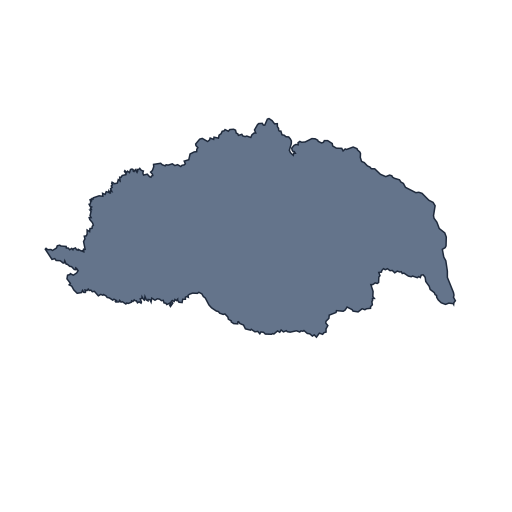 outline of Cajibío, Cauca, Colombia, rotated 151°
{"feature_id": "7082276B54436910707179", "entity_name": "Cajibío", "entity_type": "district", "adm_level": 2, "iso_a3": "COL", "parent_name": "Colombia", "parent_adm1": "Cauca", "projection": "equal_earth", "projection_center": [-76.672, 2.658], "detail": "fine", "context": "isolated", "style": "filled", "palette": "slate", "viewbox_px": 512, "rotation_deg": 151, "n_neighbors": 0, "source": "geoboundaries", "source_scale": "gbopen_adm2", "svg_char_len": 6132}
<svg xmlns="http://www.w3.org/2000/svg" viewBox="0 0 512 512"><g transform="rotate(151 256 256)"><path d="M346.9,387.9L348.7,387.4L348.5,385.8L350.6,385.4L350.8,382.5L351.6,383.6L352.8,381.7L353.4,382.1L353.3,384.1L354.1,383.1L355.8,384.9L358.1,383.0L359.8,385.2L361.0,382.5L364.0,384.7L370.2,385.8L371.0,384.8L371.8,385.7L372.9,384.3L373.3,385.7L373.9,385.7L374.3,383.4L375.9,381.8L376.9,382.1L377.0,379.9L376.0,378.5L377.3,378.2L377.4,376.7L378.0,377.2L378.4,376.0L378.9,376.4L378.7,374.9L381.6,371.7L381.6,369.5L383.3,370.4L383.7,368.4L382.9,364.5L383.3,361.8L384.8,361.4L386.0,359.7L387.9,360.5L389.7,358.0L391.1,360.6L393.1,357.0L394.7,355.9L396.6,356.6L397.3,353.9L399.8,352.3L402.2,344.7L403.4,345.5L404.6,343.1L405.4,344.1L405.2,344.9L406.3,345.0L408.2,348.0L408.8,347.3L409.9,348.5L410.0,350.6L412.2,350.9L413.1,350.2L413.5,352.0L415.9,351.8L416.3,353.9L418.0,355.0L417.4,356.4L421.8,359.3L422.4,360.6L424.8,361.3L426.7,359.7L431.3,359.5L432.2,361.1L435.1,362.5L435.9,364.5L437.0,364.1L436.1,351.9L433.3,351.3L433.0,349.0L429.5,346.8L428.1,343.3L427.1,342.9L425.6,344.5L426.0,340.9L425.0,340.2L423.9,337.2L422.5,336.2L421.5,332.3L420.2,331.3L419.4,332.9L419.0,332.2L418.7,329.4L421.1,328.1L425.1,327.8L426.9,330.6L427.7,330.0L430.1,330.6L432.4,327.7L431.6,322.0L433.4,321.4L431.8,319.0L431.8,314.6L430.5,310.1L426.3,308.6L424.4,310.0L424.3,307.7L423.1,306.9L422.4,307.2L422.0,309.1L420.4,307.7L418.8,308.4L418.6,306.7L417.0,306.2L416.5,304.1L414.5,303.5L413.2,297.6L410.4,297.7L408.9,295.9L408.0,296.2L406.5,293.8L406.3,291.9L404.6,290.5L402.7,286.8L401.2,287.1L399.7,284.8L401.0,284.6L400.9,283.7L398.1,282.3L396.8,283.3L396.4,281.1L395.0,280.8L393.1,277.1L392.0,277.6L390.6,276.4L387.3,276.0L386.5,277.1L385.6,275.9L383.8,276.7L383.4,275.4L382.3,274.8L382.4,272.5L380.5,272.6L379.4,270.5L378.5,271.3L378.1,274.6L376.4,274.2L375.5,275.5L375.5,272.3L375.0,271.5L372.8,274.3L373.2,270.8L372.2,269.1L371.4,270.3L369.9,269.2L370.1,266.6L367.6,269.7L365.8,266.3L363.0,266.4L361.2,264.9L360.4,262.8L358.6,262.2L359.2,259.5L357.7,258.4L357.6,256.8L353.5,256.6L354.1,255.0L355.3,255.0L355.3,253.3L351.6,255.1L352.1,257.3L350.8,257.7L349.6,255.9L348.0,257.3L347.2,255.6L345.5,256.2L346.1,255.1L345.8,252.9L343.2,251.1L341.1,253.7L338.7,252.4L337.7,254.2L336.3,254.1L335.2,252.7L334.6,254.5L332.8,254.8L329.5,254.3L325.3,251.7L323.6,252.0L321.7,249.1L321.7,246.1L320.7,243.9L320.9,236.0L320.0,232.2L317.4,227.1L315.8,225.6L315.5,223.6L313.0,220.8L311.3,220.4L310.2,216.3L310.8,214.1L309.1,211.3L309.6,210.4L308.3,207.7L304.9,205.5L303.8,207.2L303.1,207.0L302.8,204.7L300.4,201.7L300.6,197.4L296.7,193.8L295.7,194.2L293.7,190.2L291.0,189.2L290.4,186.1L288.5,187.2L286.4,185.6L285.7,183.2L280.3,180.0L279.0,180.1L278.2,179.1L273.5,180.0L272.2,177.8L269.9,179.1L268.8,176.3L265.7,176.0L265.3,174.6L263.0,172.8L256.9,171.0L254.6,168.3L253.0,168.7L251.4,167.4L250.2,167.6L248.7,163.4L246.7,161.9L245.5,158.6L243.3,158.8L242.5,155.7L238.0,157.8L235.7,155.2L233.6,156.0L231.6,155.5L230.1,158.3L226.9,160.3L227.5,163.6L226.4,165.0L222.5,166.1L220.6,168.8L213.4,167.8L212.1,169.2L206.5,165.4L204.3,165.5L201.1,167.2L197.9,162.4L197.9,160.8L193.8,157.6L188.7,158.4L186.8,156.2L184.9,156.3L181.2,154.7L180.3,156.2L177.9,156.9L176.7,160.1L175.7,160.4L174.8,162.3L173.1,161.5L173.5,163.9L170.8,168.2L169.4,175.3L167.9,174.4L164.8,174.7L163.3,173.2L161.6,173.4L158.8,178.0L157.1,178.7L156.6,182.1L154.1,181.1L153.1,182.3L150.6,183.1L149.6,181.3L147.2,181.2L145.9,178.2L143.8,177.3L142.8,174.0L139.8,174.3L137.9,172.2L136.6,171.9L136.6,169.8L134.9,169.3L132.5,164.6L130.3,162.6L128.8,162.6L125.4,158.8L123.6,159.1L122.7,157.5L120.8,159.2L118.9,158.5L118.4,155.3L119.9,151.4L119.2,145.5L119.9,142.3L117.8,137.5L118.1,135.4L117.2,134.0L118.0,132.2L117.9,129.2L116.7,125.3L113.7,121.8L110.2,121.3L106.6,118.7L106.6,117.8L105.5,119.3L103.3,120.2L103.3,124.1L101.8,125.8L101.0,128.3L99.0,144.5L96.0,149.9L92.3,159.8L92.3,164.0L89.8,171.5L86.5,171.6L84.9,172.7L80.4,180.3L79.7,184.7L82.4,191.2L81.4,197.9L82.0,202.7L81.2,205.2L75.0,213.1L75.1,217.0L77.8,221.0L80.4,230.3L82.7,232.8L85.5,233.9L92.0,243.6L91.9,248.0L93.4,250.4L93.6,253.1L97.3,256.9L98.4,258.8L98.3,260.3L99.9,262.0L104.0,262.5L107.6,267.2L109.9,274.7L112.8,276.4L113.2,278.5L114.9,280.8L116.0,285.2L117.8,287.5L117.0,291.6L114.9,295.0L114.8,296.6L115.8,299.5L115.6,300.9L118.2,304.2L125.2,305.3L126.1,306.4L128.9,305.7L128.8,308.6L133.4,311.3L135.6,315.1L134.8,317.4L137.4,322.2L140.3,323.8L141.9,322.7L143.9,323.1L146.0,326.1L145.9,327.4L147.4,329.8L150.2,331.6L157.7,331.9L160.9,333.3L162.1,335.0L164.3,334.7L165.2,332.8L167.0,334.2L169.1,334.3L172.5,333.0L173.1,330.9L172.9,329.3L171.9,328.8L171.8,326.8L173.2,327.5L174.6,326.0L175.8,329.7L175.6,332.3L170.6,337.2L169.3,339.4L169.2,341.6L169.7,344.3L172.0,345.8L172.8,348.0L174.5,349.4L173.7,353.2L175.0,353.9L175.2,355.0L174.4,356.7L174.6,358.7L173.2,361.4L175.7,362.6L176.3,366.6L178.0,369.9L179.7,370.2L184.9,366.2L186.1,366.9L186.2,369.0L189.4,370.5L190.9,370.2L196.2,367.0L196.6,363.7L198.1,364.5L200.8,364.0L203.1,362.2L205.9,365.4L207.6,365.7L209.3,367.3L209.4,369.3L212.9,370.0L212.7,371.8L213.7,373.0L212.9,376.0L214.1,377.7L217.6,379.3L219.7,378.5L221.8,381.6L223.3,380.9L225.1,381.5L227.2,379.9L229.7,379.6L231.7,377.3L235.1,380.3L236.5,378.5L238.9,381.4L240.4,380.0L242.8,379.6L246.0,384.9L248.6,385.5L254.5,383.2L255.0,381.6L254.3,378.9L256.0,378.1L257.3,376.0L259.6,377.0L264.2,377.2L268.1,372.8L272.8,373.8L273.1,370.9L274.7,370.5L276.7,371.2L278.4,370.7L280.3,373.9L283.1,374.4L284.5,377.2L288.8,378.1L290.4,379.4L291.7,378.9L293.8,381.3L294.4,383.3L301.2,385.8L302.2,383.6L305.2,381.0L307.5,380.5L306.9,377.7L307.3,376.4L308.7,376.6L309.7,375.8L310.6,376.8L311.4,380.3L315.1,381.3L314.8,383.4L313.3,384.9L314.8,386.5L315.2,389.0L316.7,388.5L318.0,389.3L318.4,387.6L319.5,386.8L319.7,390.0L321.8,389.0L322.2,389.8L321.6,391.2L322.3,392.2L323.8,392.5L326.2,390.3L327.2,392.5L328.7,391.8L329.3,394.2L330.0,393.8L329.8,391.0L330.3,390.2L334.0,391.3L335.9,390.2L337.0,391.0L338.5,387.5L339.4,389.6L341.9,387.0L344.6,387.8L346.1,390.3L347.1,389.3L346.9,387.9Z" fill="#64748b" stroke="#1e293b" stroke-width="1.5"/></g></svg>